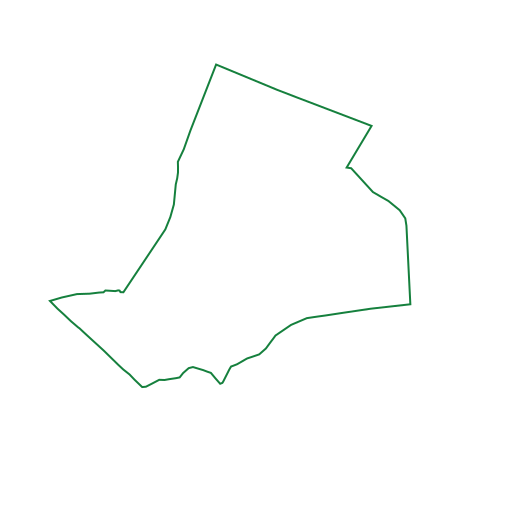 outline of Galabat Ash-Shargiah, Gedarif, Sudan, rotated 119°
{"feature_id": "16777658B9065455828294", "entity_name": "Galabat Ash-Shargiah", "entity_type": "district", "adm_level": 2, "iso_a3": "SDN", "parent_name": "Sudan", "parent_adm1": "Gedarif", "projection": "robinson", "projection_center": [35.988, 13.403], "detail": "fine", "context": "isolated", "style": "outline", "palette": "green", "viewbox_px": 512, "rotation_deg": 119, "n_neighbors": 0, "source": "geoboundaries", "source_scale": "gbopen_adm2", "svg_char_len": 1267}
<svg xmlns="http://www.w3.org/2000/svg" viewBox="0 0 512 512"><g transform="rotate(119 256 256)"><path d="M107.9,383.7L178.0,374.2L197.7,370.9L211.5,370.0L215.9,367.4L220.8,364.7L226.2,362.6L232.2,360.9L250.8,352.8L263.5,349.8L276.7,348.2L286.5,349.0L352.0,354.4L353.3,357.0L352.4,358.6L352.9,359.9L354.9,362.0L357.7,367.9L359.2,371.0L361.7,371.8L364.1,375.6L369.6,383.2L376.1,394.1L386.5,405.8L393.2,412.4L395.2,414.4L398.3,404.1L400.4,395.2L402.8,386.0L404.7,376.7L404.8,375.4L406.1,370.3L408.7,359.5L412.5,343.5L417.9,323.9L419.6,317.1L420.9,309.2L423.1,302.2L425.8,292.0L423.7,288.9L418.2,285.2L411.2,280.6L408.8,275.9L405.8,272.2L401.6,266.7L399.2,263.9L393.7,263.0L386.7,260.5L383.7,257.3L381.9,249.1L381.4,246.9L380.8,242.6L380.1,238.8L382.7,232.1L385.1,225.4L383.3,223.9L381.8,223.8L371.0,224.2L369.1,224.3L366.6,224.3L364.7,224.2L363.5,223.1L359.9,220.1L351.4,215.0L349.8,214.0L346.8,211.2L340.5,205.5L332.1,202.5L325.8,201.7L322.9,201.3L320.2,200.9L316.1,200.4L299.2,191.9L285.7,181.4L282.1,176.7L278.9,172.5L274.5,166.6L264.0,153.0L246.4,130.0L223.4,97.6L156.6,139.1L150.7,143.7L146.3,152.5L143.7,166.8L143.6,174.9L143.4,184.7L133.1,215.3L134.7,219.6L86.2,218.0L97.6,297.9L100.4,317.9L107.9,383.7Z" fill="none" stroke="#15803d" stroke-width="2"/></g></svg>